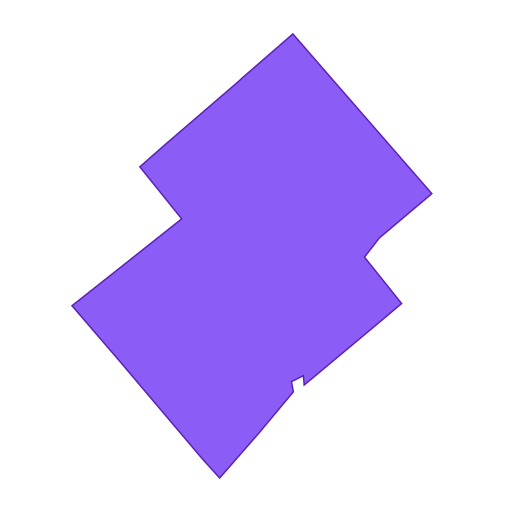 outline of Stark, Ohio, United States of America, rotated 319°
{"feature_id": "52423323B51569510980228", "entity_name": "Stark", "entity_type": "district", "adm_level": 2, "iso_a3": "USA", "parent_name": "United States of America", "parent_adm1": "Ohio", "projection": "albers", "projection_center": [-81.371, 40.812], "detail": "fine", "context": "isolated", "style": "filled", "palette": "violet", "viewbox_px": 512, "rotation_deg": 319, "n_neighbors": 0, "source": "geoboundaries", "source_scale": "gbopen_adm2", "svg_char_len": 478}
<svg xmlns="http://www.w3.org/2000/svg" viewBox="0 0 512 512"><g transform="rotate(319 256 256)"><path d="M82.9,399.7L141.7,391.6L195.1,383.0L200.3,374.1L213.3,377.4L207.7,385.0L287.5,386.6L334.7,387.4L337.1,328.0L360.9,323.3L429.6,324.3L429.5,185.1L429.5,182.9L429.5,112.6L369.7,112.6L362.3,112.6L357.7,112.8L262.9,112.3L241.0,112.4L226.8,112.5L224.3,179.2L152.9,176.0L84.5,172.8L84.1,244.6L82.4,372.9L82.9,399.7Z" fill="#8b5cf6" stroke="#5b21b6" stroke-width="1.5"/></g></svg>